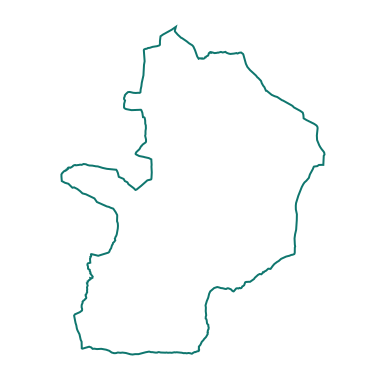 outline of Ikungi, Singida, United Republic of Tanzania, rotated 272°
{"feature_id": "72390352B5494870713744", "entity_name": "Ikungi", "entity_type": "district", "adm_level": 2, "iso_a3": "TZA", "parent_name": "United Republic of Tanzania", "parent_adm1": "Singida", "projection": "mercator", "projection_center": [34.477, -5.124], "detail": "fine", "context": "isolated", "style": "outline", "palette": "teal", "viewbox_px": 384, "rotation_deg": 272, "n_neighbors": 0, "source": "geoboundaries", "source_scale": "gbopen_adm2", "svg_char_len": 5855}
<svg xmlns="http://www.w3.org/2000/svg" viewBox="0 0 384 384"><g transform="rotate(272 192 192)"><path d="M356.5,170.1L353.5,166.1L348.4,157.6L346.5,155.1L341.8,154.7L338.2,154.8L337.7,154.6L337.3,154.1L336.5,151.9L335.7,147.6L334.6,144.7L334.4,143.1L333.6,141.7L333.4,140.4L332.7,139.1L332.1,138.9L321.0,140.1L317.4,139.6L306.9,139.4L299.4,138.0L295.9,137.7L292.6,137.1L289.9,137.0L289.6,136.8L289.2,135.8L289.3,135.0L289.0,132.4L289.1,129.8L289.7,126.9L289.8,125.7L289.5,124.4L287.6,122.5L286.3,121.5L285.5,121.5L283.5,120.8L282.2,121.0L281.1,121.9L277.7,121.1L274.3,121.1L273.5,121.5L272.8,122.6L272.5,123.6L271.7,128.7L272.4,138.0L272.0,138.5L269.5,139.6L265.2,140.4L265.3,140.8L264.7,141.9L264.1,142.2L261.8,142.7L258.6,142.9L257.0,143.5L254.0,143.7L251.3,143.4L247.9,143.5L246.6,143.2L243.0,144.2L240.9,144.3L240.0,144.0L237.6,140.9L236.6,140.3L235.9,139.5L233.0,138.0L229.8,134.9L228.7,134.4L228.1,134.3L227.7,134.6L226.1,138.0L225.4,142.6L225.2,143.2L224.4,147.6L223.2,150.2L217.7,150.7L215.9,150.6L210.2,151.1L204.3,151.0L203.3,150.8L203.0,150.3L202.1,147.0L196.4,141.0L192.5,136.5L192.1,135.4L193.9,133.5L197.6,128.2L199.3,127.2L199.6,126.8L200.6,124.5L202.7,123.2L204.6,118.3L208.3,117.3L210.5,116.3L211.6,115.5L211.7,113.6L212.2,106.0L213.0,101.7L214.3,96.9L214.3,95.2L214.9,91.4L214.9,88.7L215.3,86.7L216.0,85.0L216.2,82.7L215.3,80.8L215.4,79.1L215.1,78.1L214.6,75.0L214.9,74.4L214.7,73.4L214.0,72.2L213.4,71.8L212.0,69.7L212.2,69.0L212.1,67.6L211.9,67.4L211.6,67.7L211.0,67.5L210.9,66.8L210.5,66.7L210.3,66.2L210.1,66.3L209.6,66.0L209.4,65.2L209.0,65.1L208.7,64.6L208.8,64.1L208.2,63.3L206.3,61.6L205.0,60.9L202.7,61.0L198.4,61.5L196.8,64.7L195.9,68.2L192.3,72.1L192.1,72.4L192.5,74.0L191.0,77.3L189.0,80.1L186.8,82.6L186.0,86.1L182.2,94.7L178.7,97.3L174.6,107.4L174.2,109.5L173.5,111.0L172.6,113.9L169.2,116.4L166.4,118.0L165.5,118.1L160.2,118.1L158.2,118.9L155.5,119.2L152.9,119.1L147.2,118.3L145.5,117.8L144.6,117.2L143.4,116.9L142.8,116.5L141.0,117.0L139.5,116.0L138.3,114.8L137.0,114.6L136.0,113.9L132.9,113.1L131.4,112.1L129.4,111.4L128.8,110.9L128.4,110.3L125.0,100.5L126.4,93.9L126.3,93.3L126.2,93.2L124.8,93.5L124.3,93.4L123.8,92.7L123.0,92.9L122.5,92.6L121.8,92.4L117.8,92.8L117.0,90.4L116.4,90.1L115.4,90.0L114.1,90.6L111.8,90.8L111.2,91.3L110.9,92.2L110.5,92.6L109.3,92.6L108.7,93.1L107.7,93.3L107.5,93.2L107.3,93.5L106.8,93.4L104.0,95.7L103.1,95.4L102.8,95.5L101.9,94.2L102.3,93.8L102.4,93.4L102.0,93.5L101.1,93.1L100.6,92.8L100.2,91.9L99.2,91.4L99.0,90.8L97.8,90.8L97.4,90.3L97.2,90.5L96.9,90.3L94.9,91.0L93.0,90.4L91.1,90.7L90.2,90.5L89.3,90.7L88.9,90.6L87.9,90.7L87.3,90.2L86.0,89.8L85.5,89.3L85.0,89.5L84.6,89.3L83.0,90.0L82.1,89.9L81.3,89.0L80.1,88.1L79.7,87.3L78.4,86.4L77.6,86.6L75.2,85.7L73.0,85.7L71.6,86.2L70.5,86.3L69.7,86.2L68.0,84.1L65.6,79.2L64.3,78.5L57.0,80.2L54.8,81.0L51.5,81.7L49.7,82.4L45.9,84.5L40.5,85.9L38.5,86.9L31.9,87.3L31.7,87.6L31.6,88.0L33.8,94.6L33.1,96.8L31.8,98.1L32.0,99.9L31.7,102.5L32.1,106.8L31.4,111.7L30.4,114.9L28.8,117.3L28.2,119.7L28.3,121.5L29.0,123.5L28.8,126.2L29.1,128.1L28.8,131.5L27.7,136.1L27.5,138.2L28.0,140.9L28.1,144.2L30.2,151.2L31.0,154.7L30.5,156.7L30.6,157.8L30.2,161.3L30.3,162.8L30.8,163.9L30.8,164.7L30.5,166.4L30.5,171.2L30.7,171.9L30.5,173.6L30.7,175.6L30.6,177.4L31.2,179.9L31.1,181.0L31.3,182.3L31.0,187.4L30.6,189.4L30.8,190.7L30.6,192.3L31.0,194.3L30.7,196.3L30.4,197.1L30.5,197.8L31.5,199.0L32.2,200.5L32.1,200.9L33.0,202.9L33.2,204.1L34.2,204.6L34.8,204.6L35.2,204.2L36.1,204.4L36.8,204.4L37.3,204.2L37.8,204.3L39.5,205.7L42.6,207.0L44.4,208.6L45.3,209.1L47.6,211.1L50.7,212.7L51.9,212.4L52.4,212.8L53.3,212.5L54.8,212.9L55.5,213.3L57.2,213.4L58.4,213.0L59.8,212.9L60.3,212.3L61.3,211.6L64.5,211.1L65.5,210.7L66.0,210.1L67.8,210.1L69.3,210.5L73.3,209.9L76.9,209.9L79.2,209.5L83.5,210.6L86.9,211.9L90.9,212.7L93.3,213.7L96.8,217.5L97.9,220.5L97.6,222.2L97.0,224.2L96.9,225.9L96.3,228.6L96.3,229.6L97.0,230.7L97.0,231.8L96.1,234.3L94.6,235.8L94.1,236.8L94.2,237.2L97.1,239.5L97.4,240.4L97.2,241.9L97.8,242.7L97.5,243.8L97.8,244.7L99.5,245.7L99.8,246.4L100.7,247.4L103.4,248.2L103.8,248.6L104.1,249.9L104.3,253.2L107.2,257.0L108.5,257.8L111.5,260.9L112.4,262.5L112.2,264.2L113.5,265.4L114.3,265.7L114.2,266.4L114.4,266.7L115.0,267.0L115.8,268.6L118.0,270.9L117.9,273.2L121.0,275.3L122.9,276.8L125.1,279.5L126.0,281.0L128.3,283.4L130.8,288.4L131.7,291.6L132.6,293.5L132.8,294.7L133.5,296.3L133.9,296.6L135.1,296.8L140.2,296.7L141.0,297.0L143.1,296.6L149.2,296.1L153.3,296.5L157.9,297.4L167.6,297.7L173.4,297.6L178.2,296.4L181.9,296.2L184.6,296.4L192.0,298.4L200.7,301.5L203.6,302.9L205.5,304.1L207.1,305.8L210.2,308.3L213.6,309.2L219.2,312.0L221.2,312.7L221.7,313.1L222.2,316.2L223.5,318.0L223.7,322.3L232.8,322.4L234.0,323.1L235.8,322.8L236.9,322.2L239.3,320.1L241.2,318.7L243.2,317.5L248.3,315.2L252.8,314.8L260.0,315.3L260.9,315.2L261.8,314.9L262.9,314.0L264.3,311.8L267.8,304.1L269.5,301.0L273.0,300.6L275.2,299.9L276.9,297.3L280.1,290.9L281.5,289.5L282.2,288.3L286.6,279.7L286.9,278.7L289.9,273.9L290.6,271.3L291.9,268.2L295.8,263.1L295.7,262.5L295.9,262.3L299.3,260.7L300.9,259.3L302.2,258.6L302.8,258.1L305.4,257.1L308.4,254.1L308.7,253.5L310.7,251.8L315.8,245.8L318.9,243.0L322.0,241.4L331.2,238.5L331.8,238.1L333.1,236.2L332.8,234.3L332.1,233.0L332.0,232.4L332.4,231.7L331.8,229.1L331.3,225.5L331.6,223.9L332.2,222.1L332.5,221.4L333.2,220.6L332.5,217.8L333.0,216.0L332.1,213.2L332.2,212.7L331.9,211.8L331.6,209.7L332.2,207.5L331.8,206.5L332.4,206.3L332.5,205.4L332.1,204.9L331.7,204.8L331.3,204.0L329.0,203.4L327.9,201.5L327.1,201.0L327.1,200.4L326.1,199.8L325.7,199.0L325.6,197.8L326.0,197.4L325.9,196.9L325.6,196.5L325.9,195.7L325.9,194.9L325.4,194.0L327.6,192.5L333.8,190.1L337.4,188.3L338.6,187.2L340.5,183.9L342.4,181.4L345.4,176.7L345.7,175.8L348.8,172.2L351.9,169.3L352.5,169.2L356.5,170.1Z" fill="none" stroke="#0f766e" stroke-width="2"/></g></svg>